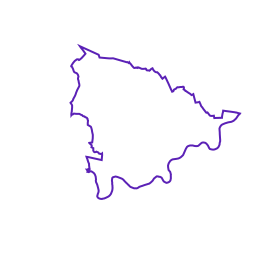 Pomi, Satu Mare, Romania (Mercator projection), rotated 124°
{"feature_id": "2599482B42596720355480", "entity_name": "Pomi", "entity_type": "district", "adm_level": 2, "iso_a3": "ROU", "parent_name": "Romania", "parent_adm1": "Satu Mare", "projection": "mercator", "projection_center": [23.315, 47.676], "detail": "fine", "context": "isolated", "style": "outline", "palette": "violet", "viewbox_px": 256, "rotation_deg": 124, "n_neighbors": 0, "source": "geoboundaries", "source_scale": "gbopen_adm2", "svg_char_len": 5679}
<svg xmlns="http://www.w3.org/2000/svg" viewBox="0 0 256 256"><g transform="rotate(124 128 128)"><path d="M148.8,182.2L147.5,181.3L146.4,181.0L146.2,180.7L145.6,179.5L145.5,179.3L143.5,176.2L143.4,175.6L143.4,174.7L143.2,173.9L143.0,173.3L143.3,172.3L143.3,172.1L143.2,171.5L142.9,171.1L142.9,170.7L142.8,170.4L142.9,170.1L142.8,169.9L142.9,169.4L142.6,168.1L142.6,167.7L142.9,167.1L143.0,166.7L143.4,166.5L143.9,165.9L144.0,165.5L144.2,165.3L146.3,164.2L147.9,163.1L147.9,162.8L147.9,162.4L147.8,161.3L147.8,160.8L147.7,159.8L147.9,159.2L148.5,158.4L149.7,157.0L151.2,155.6L153.4,153.3L156.2,151.5L160.0,149.6L162.0,151.8L162.1,151.7L162.6,148.5L163.7,147.7L164.4,147.5L164.1,145.5L166.1,144.2L166.6,143.3L166.8,142.5L166.8,142.4L166.7,142.1L166.1,141.4L165.8,141.2L165.3,141.0L165.1,139.8L164.9,139.0L165.3,137.9L165.4,137.6L165.1,137.0L165.0,136.5L164.9,136.3L164.4,135.9L164.1,135.3L163.7,135.2L164.9,134.3L169.3,131.9L174.3,144.6L175.1,146.3L176.3,144.7L176.5,144.2L176.8,143.9L177.3,143.4L178.0,142.4L178.3,142.1L179.0,141.0L179.5,140.2L180.5,139.6L182.2,138.1L182.8,137.7L183.0,137.6L183.0,137.3L183.7,136.7L183.9,136.7L184.0,136.8L184.4,137.0L184.4,137.3L184.2,137.6L184.2,137.8L184.3,138.0L184.9,138.3L185.5,138.6L185.6,138.8L186.3,137.2L187.0,137.1L186.5,135.8L185.8,135.5L184.9,134.9L184.6,134.5L184.4,133.8L184.4,131.5L184.7,130.3L185.3,129.1L186.4,127.6L187.0,127.1L188.6,125.7L189.4,125.4L190.6,124.4L191.3,123.3L192.0,122.1L192.9,121.0L193.8,120.0L194.3,119.4L196.1,117.5L197.0,116.9L198.0,116.5L199.4,116.2L201.7,115.4L202.2,114.8L202.5,114.0L202.6,113.4L202.5,112.4L202.2,111.4L201.4,109.9L200.8,109.5L199.7,108.3L198.5,107.5L196.3,106.2L195.2,105.7L193.9,105.4L192.2,105.3L189.9,105.8L189.0,106.0L188.0,106.4L186.3,107.3L185.7,107.8L184.3,108.8L183.2,109.9L182.4,110.3L180.6,111.9L179.1,112.7L178.1,113.1L177.4,113.0L176.7,112.5L175.9,111.8L175.2,111.2L175.0,110.7L174.5,109.4L173.7,106.0L173.4,104.5L173.4,103.9L173.5,102.8L173.9,101.4L174.5,98.5L174.6,97.5L174.9,96.4L175.0,95.2L175.3,94.3L175.4,93.5L175.4,92.8L174.9,90.5L174.7,89.6L174.4,88.9L174.0,88.4L173.3,87.2L172.6,86.6L171.2,85.9L170.6,85.8L169.1,84.7L168.0,83.8L166.2,82.5L162.1,79.2L160.2,78.6L157.9,78.1L155.4,78.2L152.1,77.2L151.4,76.2L151.2,75.3L150.5,73.9L150.4,72.4L150.8,71.5L151.4,70.4L152.3,68.5L152.2,66.8L152.0,65.5L151.0,64.5L149.6,63.7L148.7,63.5L147.8,63.5L145.8,64.3L143.1,66.2L142.6,66.4L140.8,68.5L140.1,70.9L138.1,72.8L136.6,73.9L135.5,74.2L134.6,74.5L132.2,74.6L131.0,74.4L129.6,73.8L129.0,73.4L126.4,70.5L125.1,69.2L124.0,68.5L122.7,67.9L120.3,67.3L119.5,67.2L118.9,67.3L112.8,68.4L110.6,68.5L109.7,68.2L108.8,67.6L107.9,66.9L106.9,65.5L106.3,64.6L105.9,63.4L105.5,62.4L104.6,60.9L104.0,60.2L103.3,59.7L100.0,58.9L98.9,58.5L98.0,57.7L97.5,56.7L97.1,55.7L97.1,54.5L97.5,52.9L97.9,51.8L99.3,49.4L99.6,48.4L99.2,47.2L98.7,46.0L98.0,44.9L97.3,44.2L96.3,43.5L94.9,42.7L94.0,42.5L93.1,42.4L91.5,42.6L90.4,42.9L89.2,43.6L87.4,44.2L86.1,45.1L85.1,45.9L81.6,48.6L80.2,49.6L78.7,50.8L77.4,51.8L76.1,52.2L74.0,52.3L72.8,52.0L71.9,51.5L69.9,50.2L67.3,48.1L65.0,45.7L63.0,44.5L61.8,44.2L59.7,43.7L57.3,43.7L55.1,43.7L54.8,43.5L54.4,43.3L53.4,43.3L54.3,45.8L54.4,46.2L54.4,46.5L55.1,47.7L55.1,48.0L55.8,49.4L57.0,51.9L59.5,56.9L60.2,58.4L60.4,58.8L61.8,58.1L63.1,57.7L65.6,56.6L67.0,55.8L67.9,57.1L68.1,57.2L68.6,58.2L69.2,58.8L69.6,59.5L71.5,62.0L70.2,63.3L69.8,63.7L70.2,64.1L71.1,65.2L71.5,65.8L71.8,66.7L71.9,67.0L71.7,67.8L71.2,69.2L71.1,69.4L71.0,69.6L70.9,70.1L70.7,70.7L71.0,70.9L70.9,71.1L71.5,71.7L71.5,72.0L71.4,72.2L70.7,74.2L70.5,74.8L70.4,75.3L69.3,78.1L69.1,79.0L68.7,80.0L68.1,80.7L66.4,83.4L67.2,84.0L69.2,86.2L63.4,92.8L64.7,93.4L65.1,93.6L65.1,94.8L64.9,95.4L65.0,97.2L65.0,98.0L65.0,99.9L64.9,100.2L65.0,100.6L65.2,101.0L64.9,101.5L64.9,101.9L64.8,102.6L64.9,103.5L63.5,104.0L63.0,104.5L62.9,104.7L62.8,105.0L63.1,105.3L63.2,105.7L63.8,106.2L64.9,107.7L65.6,108.4L66.0,108.8L66.4,109.6L66.6,109.8L67.2,110.1L68.5,110.2L70.2,111.2L70.6,111.3L72.2,111.0L72.4,111.2L72.6,111.4L73.2,111.7L71.9,114.0L71.4,114.8L68.5,119.4L67.8,120.6L65.1,125.1L64.7,126.0L67.9,127.0L67.6,128.1L67.3,128.5L67.2,128.8L67.2,129.1L67.2,129.3L66.9,129.7L66.6,130.2L66.5,130.6L66.3,130.8L66.2,131.8L65.9,132.4L65.6,133.7L65.6,134.0L65.5,134.3L65.4,134.9L66.0,135.7L66.2,136.6L66.2,137.2L66.1,138.2L65.9,138.7L65.6,139.7L64.8,141.1L65.1,141.3L66.2,141.8L67.0,142.0L67.7,142.0L67.9,142.2L68.2,142.3L68.5,142.3L68.6,142.6L68.7,143.0L69.6,144.5L69.6,144.9L69.4,145.5L69.0,145.9L69.2,146.7L69.1,146.8L69.3,147.0L70.6,148.6L71.3,149.8L71.7,152.2L72.0,153.1L72.1,153.6L72.8,153.6L72.9,154.1L73.3,154.5L73.3,155.1L74.1,155.6L74.4,156.0L74.7,156.4L74.8,156.8L74.3,159.0L73.4,161.6L73.1,163.1L72.8,163.7L73.7,163.7L73.7,165.3L73.8,165.4L74.1,165.7L74.2,165.9L78.3,178.6L78.6,179.4L80.1,181.4L81.2,183.2L85.5,191.0L83.7,193.3L87.1,213.6L87.7,212.1L88.5,209.4L90.1,205.0L90.2,204.8L92.7,205.1L96.1,205.6L98.7,206.4L98.9,206.5L99.1,206.7L98.9,207.4L99.0,207.9L99.7,208.7L99.9,208.9L101.0,209.2L102.0,209.6L102.7,209.7L105.0,209.9L107.8,209.8L108.4,209.7L108.6,209.6L108.7,209.4L108.7,208.6L108.7,208.3L109.0,207.9L109.3,207.5L109.9,206.4L111.0,205.1L111.6,204.0L111.7,203.7L111.7,203.4L111.3,201.3L111.3,200.9L111.4,200.5L111.8,199.5L112.0,199.1L113.1,197.8L114.7,197.3L115.5,196.7L116.5,195.4L117.8,194.2L118.8,193.0L119.9,192.1L120.6,191.8L125.1,191.3L127.9,190.7L129.5,190.2L131.2,189.9L134.6,189.6L134.9,189.5L135.0,189.4L136.1,189.2L137.2,189.3L138.5,189.6L139.2,189.8L139.3,189.7L139.5,189.2L139.7,188.7L139.9,188.0L140.3,187.3L140.6,186.9L142.7,185.5L143.4,185.2L144.2,184.7L145.0,184.3L145.8,183.8L146.4,183.6L148.1,182.8L148.9,182.2L148.8,182.2Z" fill="none" stroke="#5b21b6" stroke-width="2"/></g></svg>